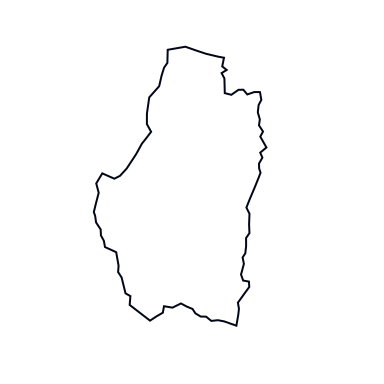 Ampelikou, Nicosia, Cyprus (Natural Earth projection), rotated 337°
{"feature_id": "46923920B7308228974018", "entity_name": "Ampelikou", "entity_type": "district", "adm_level": 2, "iso_a3": "CYP", "parent_name": "Cyprus", "parent_adm1": "Nicosia", "projection": "natural_earth1", "projection_center": [32.803, 35.103], "detail": "fine", "context": "isolated", "style": "outline", "palette": "ink", "viewbox_px": 384, "rotation_deg": 337, "n_neighbors": 0, "source": "geoboundaries", "source_scale": "gbopen_adm2", "svg_char_len": 1336}
<svg xmlns="http://www.w3.org/2000/svg" viewBox="0 0 384 384"><g transform="rotate(337 192 192)"><path d="M99.1,165.0L93.8,172.1L93.5,176.2L91.8,182.6L93.3,190.8L91.2,196.4L91.8,202.5L90.4,208.7L98.7,217.8L95.6,231.2L92.7,236.8L93.8,243.2L91.2,259.3L94.6,263.8L90.5,271.6L100.0,288.5L103.1,294.0L110.8,292.6L118.0,291.7L121.6,286.2L128.8,290.8L138.3,290.3L142.3,295.3L146.8,299.9L147.7,305.0L151.3,310.0L156.3,312.3L159.4,318.2L165.7,320.1L171.1,323.7L180.6,332.4L186.5,323.3L189.6,317.8L191.0,311.8L202.2,305.0L207.6,301.8L209.4,296.7L204.5,293.5L204.9,287.1L211.7,278.4L213.0,272.0L217.1,269.3L220.7,262.9L223.8,255.5L228.8,252.3L231.9,244.1L236.4,234.5L236.0,227.6L242.3,221.2L251.3,212.5L258.1,205.7L262.6,201.1L263.0,196.5L264.8,192.0L270.2,187.9L270.2,182.4L277.9,180.1L276.5,167.7L281.0,164.1L279.7,156.8L282.8,151.7L283.7,144.4L287.3,138.0L291.8,134.3L293.6,126.6L288.2,124.3L281.0,123.8L279.2,117.9L274.7,116.1L266.2,117.9L260.8,113.8L263.9,106.0L266.2,100.1L265.7,94.1L271.6,93.2L268.9,88.2L273.9,80.9L268.9,77.6L259.0,70.3L251.7,63.9L242.7,55.7L225.2,51.6L219.8,63.5L214.8,66.7L209.4,73.1L203.1,81.8L189.6,88.2L181.1,102.3L177.0,111.9L177.9,120.6L170.2,125.0L164.8,127.9L155.4,135.3L141.0,144.9L132.0,149.0L125.7,149.4L116.7,139.8L107.2,146.7L105.8,156.3L99.1,165.0Z" fill="none" stroke="#020617" stroke-width="2"/></g></svg>